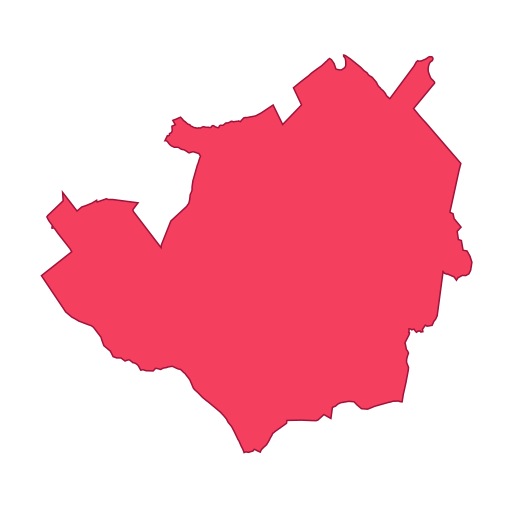 Coxcatlán, San Luis Potosí, Mexico, rotated 177°
{"feature_id": "50627088B1210945284029", "entity_name": "Coxcatlán", "entity_type": "district", "adm_level": 2, "iso_a3": "MEX", "parent_name": "Mexico", "parent_adm1": "San Luis Potosí", "projection": "equal_earth", "projection_center": [-98.903, 21.515], "detail": "fine", "context": "isolated", "style": "filled", "palette": "rose", "viewbox_px": 512, "rotation_deg": 177, "n_neighbors": 0, "source": "geoboundaries", "source_scale": "gbopen_adm2", "svg_char_len": 5357}
<svg xmlns="http://www.w3.org/2000/svg" viewBox="0 0 512 512"><g transform="rotate(177 256 256)"><path d="M462.8,306.0L462.4,305.1L461.2,302.4L457.3,296.3L458.0,296.2L458.3,295.5L458.2,294.4L457.1,294.6L456.7,294.5L456.0,294.4L452.2,288.4L441.3,272.9L439.8,269.9L471.3,247.6L450.9,213.4L449.0,210.1L443.1,204.6L440.1,202.8L436.2,200.2L426.6,196.0L424.7,195.3L423.3,194.4L422.0,193.3L415.1,183.1L414.3,179.9L412.6,174.4L406.4,168.6L403.9,162.9L403.7,162.9L400.5,161.5L396.4,161.3L395.3,160.5L392.3,158.0L390.4,158.6L389.1,158.9L387.7,158.8L384.4,155.8L383.6,155.8L383.3,155.7L382.1,155.1L381.0,154.4L379.4,152.8L378.9,151.8L377.1,148.0L374.8,148.4L371.9,147.2L364.7,146.6L362.1,149.1L359.2,148.4L357.4,147.7L356.8,147.8L354.6,148.9L350.9,149.3L350.4,149.5L349.6,149.8L345.8,150.2L344.8,150.0L341.5,148.2L339.6,147.3L337.2,146.6L333.7,142.9L333.1,142.5L331.7,140.4L329.9,137.9L328.5,135.7L325.4,127.2L323.7,125.1L321.0,122.5L320.7,122.1L316.9,117.7L313.2,114.3L311.6,113.0L309.1,110.7L304.0,106.0L299.7,101.9L296.8,98.5L294.1,94.9L292.8,92.0L292.4,91.2L290.8,89.1L289.2,86.8L287.0,82.0L285.9,79.4L283.5,73.6L282.6,72.0L280.6,66.6L279.8,65.0L278.9,62.7L278.2,60.3L276.6,60.9L273.4,60.3L272.8,60.6L269.3,61.4L269.1,61.5L268.4,62.4L267.8,63.1L266.7,62.5L265.1,61.5L263.9,60.9L262.0,59.9L261.4,61.2L260.6,62.5L258.4,64.5L255.4,66.9L252.7,70.9L251.1,73.8L249.6,76.0L248.6,78.1L248.0,78.3L246.1,79.8L234.3,87.3L233.7,90.2L219.0,89.7L209.6,88.8L204.6,88.4L202.8,88.9L196.5,94.1L189.7,89.8L187.6,100.8L184.3,102.0L182.1,103.8L179.3,105.0L174.5,105.6L171.0,106.0L165.7,105.3L163.2,102.3L158.7,98.0L152.5,97.2L145.4,99.7L132.6,102.6L128.7,103.3L126.9,103.8L121.3,103.7L119.7,103.0L117.7,102.7L116.1,110.3L114.8,114.8L113.0,121.3L109.9,134.0L109.5,136.7L111.2,141.9L111.0,144.8L110.1,147.8L109.2,150.0L108.8,151.0L109.1,151.8L109.4,152.8L110.7,154.8L111.5,160.6L111.9,161.3L107.2,169.5L106.7,171.3L107.5,171.7L107.4,172.1L107.1,172.8L107.0,174.0L107.1,175.2L105.9,175.2L105.4,175.0L104.4,174.1L102.1,174.7L100.6,172.3L99.7,171.4L98.2,172.5L97.9,172.6L97.3,172.4L96.1,172.5L95.8,172.2L95.3,171.4L93.3,171.7L93.6,173.8L93.4,174.3L90.5,178.1L89.2,177.1L88.7,177.0L86.9,177.1L85.2,177.4L83.8,177.5L82.8,179.4L81.9,181.3L80.0,183.4L78.2,186.8L70.0,230.6L68.7,228.9L66.4,227.9L66.0,228.1L59.3,224.8L57.1,221.3L55.4,223.7L51.0,225.8L47.5,225.5L44.4,227.0L42.4,230.5L40.7,238.4L42.3,244.5L45.0,250.0L48.9,250.9L50.1,260.7L53.0,261.9L53.3,264.8L53.8,270.1L49.7,274.1L56.2,282.9L57.0,287.9L60.1,289.5L48.8,330.7L46.6,337.7L73.6,372.6L79.4,380.1L82.7,384.0L86.1,388.4L90.9,395.0L78.8,408.2L70.9,416.8L70.0,417.7L68.6,419.2L68.6,420.3L69.2,421.0L69.9,422.0L70.7,422.8L72.1,424.4L72.6,425.7L73.0,426.8L73.5,428.3L74.0,430.1L74.3,431.4L74.3,433.9L74.0,435.6L73.3,438.0L72.6,439.5L71.6,440.7L70.4,441.4L69.6,442.0L68.9,443.6L69.1,444.5L69.4,445.1L69.9,445.7L71.9,446.0L73.3,445.6L76.0,443.9L80.8,442.1L82.3,442.1L83.6,442.1L84.2,442.6L85.7,441.5L88.3,437.3L114.1,406.1L114.5,406.4L116.8,408.7L117.4,409.4L117.9,410.5L118.2,411.4L120.3,414.3L122.4,416.2L123.1,417.4L124.4,418.6L125.4,420.1L126.7,423.2L130.1,427.7L131.0,428.7L133.1,430.0L134.3,431.1L135.5,433.1L138.4,435.4L141.6,439.0L151.4,447.8L156.0,451.3L157.7,452.1L158.0,452.1L158.0,450.9L157.5,450.1L156.6,448.8L156.2,446.0L156.4,441.5L157.4,439.5L160.9,437.4L162.4,437.4L165.2,438.1L166.4,438.5L167.9,444.0L170.4,448.1L172.2,449.4L173.7,448.4L174.8,447.2L176.3,446.1L176.6,445.8L178.6,444.1L180.5,442.5L183.4,440.7L185.4,439.5L185.5,439.3L188.1,437.7L191.2,435.6L194.2,433.1L194.8,432.7L197.2,431.1L203.2,426.9L209.8,422.0L202.6,404.5L211.7,396.0L222.5,385.9L231.0,405.9L243.5,398.5L249.1,395.9L258.0,394.7L259.5,394.9L261.1,394.5L262.9,392.7L263.5,392.3L264.4,391.0L264.9,391.1L266.3,391.8L266.9,391.5L268.9,391.5L271.5,391.2L272.9,391.8L273.9,391.8L275.0,391.1L277.5,390.3L278.8,390.5L279.5,390.2L281.7,388.5L282.2,388.3L282.7,388.3L284.7,388.4L285.2,388.2L285.8,387.7L286.5,386.3L286.7,386.1L287.8,386.2L288.8,386.7L289.7,387.0L291.0,388.0L291.7,388.4L292.4,388.5L292.9,388.4L294.2,387.0L295.3,386.6L296.8,387.1L298.0,387.1L299.1,387.1L301.2,387.8L302.1,387.9L304.9,386.7L306.8,387.0L307.9,386.7L308.3,386.7L309.4,387.2L309.7,387.3L311.0,387.4L312.9,388.6L313.4,388.8L313.8,388.9L314.5,389.5L315.0,390.3L315.3,390.6L317.0,391.2L317.7,391.8L319.2,393.3L319.8,393.9L320.3,394.2L321.7,395.6L322.3,396.5L323.0,397.3L324.1,398.6L328.8,396.8L332.0,395.8L329.7,391.3L331.1,390.8L333.2,390.0L333.1,385.7L333.7,384.1L334.5,383.4L336.0,382.8L336.2,381.1L337.2,380.6L337.7,380.6L338.2,380.8L340.9,375.9L339.8,375.9L339.0,375.5L338.4,374.8L336.4,371.9L334.8,370.4L332.0,368.9L328.9,368.7L328.4,368.6L327.7,368.4L327.0,368.0L325.8,367.0L324.9,366.5L324.0,366.2L322.2,365.8L320.7,364.8L318.0,362.8L317.7,362.6L317.1,362.5L316.8,362.6L314.7,363.2L313.5,363.4L312.6,363.2L307.6,361.2L307.0,360.0L306.2,358.6L307.4,356.0L309.1,351.2L309.8,349.9L315.1,334.3L316.2,328.6L316.3,327.3L316.4,325.7L316.5,325.0L317.1,323.4L318.4,321.0L318.5,320.6L319.4,315.3L320.2,312.6L320.7,311.6L321.5,310.8L322.5,309.3L323.8,308.2L339.2,295.4L349.8,272.3L350.4,269.3L376.3,307.1L376.5,308.8L371.0,315.3L396.1,319.9L400.8,320.2L402.3,321.0L409.9,318.8L411.3,318.4L412.0,318.4L412.1,319.0L412.2,320.0L416.8,317.5L423.3,315.2L427.4,314.1L432.4,310.3L445.8,329.7L445.7,321.2L461.8,307.3L462.8,306.0Z" fill="#f43f5e" stroke="#9f1239" stroke-width="1.5"/></g></svg>